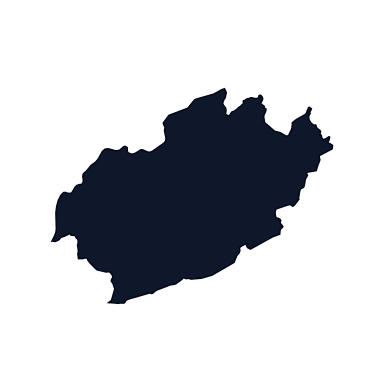 the Region of Banskobystrický, rotated 158°
{"feature_id": "SVK-1052", "entity_name": "Banskobystrický", "entity_type": "Region", "adm_level": 1, "iso_a3": "SVK", "parent_name": "Slovakia", "parent_adm1": "", "projection": "equal_earth", "projection_center": [19.313, 48.501], "detail": "fine", "context": "isolated", "style": "filled", "palette": "ink", "viewbox_px": 384, "rotation_deg": 158, "n_neighbors": 0, "source": "natural_earth", "source_scale": "10m", "svg_char_len": 5499}
<svg xmlns="http://www.w3.org/2000/svg" viewBox="0 0 384 384"><g transform="rotate(158 192 192)"><path d="M340.1,199.0L335.5,203.1L333.3,205.6L331.6,208.6L325.9,223.9L322.8,229.4L319.1,234.3L314.7,238.1L311.3,239.6L309.5,239.0L307.8,237.4L304.8,236.1L303.1,236.7L298.6,240.3L296.1,241.2L293.4,241.0L291.9,240.5L290.6,240.7L288.8,242.6L288.2,244.0L287.4,247.4L286.3,249.2L285.0,250.0L282.2,250.9L276.2,254.1L275.8,254.4L270.0,255.9L266.6,257.7L259.8,263.2L256.3,264.3L253.2,263.3L247.4,258.8L243.7,257.8L238.3,259.6L236.9,259.4L235.5,257.6L235.9,256.0L236.7,254.3L236.6,252.4L233.9,249.6L230.4,249.1L223.5,250.3L222.0,249.6L218.7,246.2L217.0,244.9L215.5,244.6L213.9,244.5L200.1,247.7L197.5,248.9L195.9,251.7L194.5,259.2L192.7,262.2L192.7,262.3L192.7,262.5L192.9,263.7L193.0,264.8L192.9,265.8L192.7,266.8L184.7,271.7L164.4,271.3L155.4,276.3L153.8,276.6L135.1,274.6L126.2,275.7L123.2,275.6L123.0,273.8L123.0,271.4L123.3,270.7L125.0,268.6L125.4,267.6L125.9,267.1L126.4,266.6L127.2,266.2L127.8,265.7L128.7,264.9L129.8,263.6L130.4,262.3L130.4,261.0L129.5,257.5L129.5,256.4L129.9,255.0L130.2,254.2L130.5,253.7L131.2,252.8L131.3,252.4L131.4,252.1L131.4,251.5L131.4,251.2L131.3,250.7L131.1,250.4L129.1,248.4L126.6,250.3L125.8,250.8L125.1,251.2L124.3,251.2L123.8,251.2L122.9,251.1L122.5,251.1L122.0,251.3L119.5,251.8L117.4,252.8L116.6,253.0L115.6,253.1L114.4,253.5L113.8,253.8L113.2,254.0L112.1,254.3L111.6,254.6L111.2,255.1L110.7,255.9L110.5,256.5L110.4,256.9L110.4,257.1L110.2,257.2L109.9,257.3L109.0,257.2L108.3,257.2L106.9,257.6L106.1,257.7L105.4,257.6L104.2,257.3L103.7,257.3L102.9,257.4L102.5,257.4L101.9,257.2L101.2,256.9L98.3,254.9L97.6,254.6L96.8,254.4L96.1,254.4L95.4,254.4L94.9,254.6L94.5,255.0L94.2,255.6L93.9,256.0L93.5,256.3L93.1,256.4L92.7,256.3L92.4,256.0L91.9,255.5L91.6,254.7L91.4,253.7L91.4,252.6L91.7,251.7L92.5,250.7L93.5,249.9L94.1,249.3L94.8,249.0L95.0,248.6L95.0,248.0L94.4,246.8L93.2,244.9L92.9,244.2L93.0,243.7L93.6,243.3L93.8,243.0L93.8,242.7L92.4,241.4L92.5,240.8L93.1,239.8L94.8,237.9L96.6,236.3L97.1,235.4L97.4,234.7L98.7,229.2L92.8,217.7L91.9,216.8L88.0,214.0L83.7,208.5L82.0,208.1L81.3,208.4L80.4,208.8L79.0,210.3L76.9,212.1L76.4,212.6L75.9,213.4L75.0,214.2L74.8,214.6L74.8,215.0L74.6,215.5L74.3,215.9L73.6,216.6L73.5,217.1L73.5,217.8L73.3,218.2L72.9,218.7L68.1,220.1L58.7,221.3L56.8,221.9L55.6,223.0L54.6,224.4L54.3,224.7L53.2,225.5L52.8,225.9L52.3,226.7L51.6,226.6L50.1,224.5L50.9,223.6L52.2,222.5L52.5,222.1L52.8,221.6L53.0,221.1L53.1,220.6L53.4,220.3L54.4,219.6L54.9,219.1L55.5,218.3L55.9,217.4L56.2,216.2L56.4,214.9L56.2,213.4L55.6,210.9L54.5,209.0L53.7,208.2L53.0,208.0L52.6,208.0L52.2,207.7L52.1,207.1L52.3,206.0L52.3,204.9L51.9,203.8L50.7,201.8L50.2,200.8L50.3,199.5L50.7,199.0L52.0,197.5L52.2,197.2L51.2,196.8L51.0,196.5L50.9,196.0L51.2,194.8L51.3,193.9L51.3,193.0L51.0,192.1L50.5,191.6L49.3,191.2L48.0,191.2L44.3,191.9L43.9,191.6L44.1,190.9L45.1,189.4L47.3,187.1L47.6,186.7L47.4,186.1L46.3,185.5L44.2,182.6L45.9,179.5L60.5,178.0L60.6,177.5L60.7,177.2L61.2,176.0L61.2,175.7L61.2,175.4L61.2,175.1L61.2,174.7L61.3,174.4L61.6,173.8L62.0,173.2L62.7,172.4L64.9,170.2L68.9,165.3L77.1,167.1L77.9,167.1L78.9,166.9L78.9,166.1L78.6,164.5L78.9,164.1L79.4,163.6L81.5,162.0L82.1,161.4L85.7,155.7L86.4,154.9L87.2,154.5L89.4,154.4L90.1,154.2L90.7,153.9L92.7,151.2L94.5,148.0L95.0,147.4L95.3,146.9L95.5,146.6L95.6,145.3L102.0,141.5L103.9,141.0L104.1,141.3L104.3,141.7L104.4,142.1L104.6,142.4L104.8,142.6L105.1,142.8L105.4,143.4L105.5,143.6L108.0,144.1L120.7,144.8L122.8,141.6L123.1,140.4L123.6,138.2L123.7,137.2L123.6,136.6L123.4,136.4L121.4,134.8L120.6,133.5L120.4,132.6L120.6,132.1L121.1,131.6L121.6,130.9L121.8,130.1L121.6,129.0L120.8,126.6L120.8,126.0L121.1,125.5L123.6,124.5L124.3,123.8L124.8,123.3L126.5,120.0L133.6,120.3L158.3,117.3L159.5,117.3L159.7,117.7L159.9,118.3L160.2,118.6L160.6,118.8L161.0,119.2L161.3,119.9L161.5,121.4L161.6,122.1L161.5,122.6L161.4,122.7L160.9,122.7L160.6,122.8L160.5,123.1L160.1,123.9L160.4,124.0L160.9,124.0L167.0,123.2L167.8,123.0L168.6,122.5L168.9,122.2L169.1,121.8L169.2,121.5L169.4,120.2L169.7,119.5L171.3,117.8L174.4,116.2L179.4,111.0L204.5,107.4L215.8,108.6L225.4,111.6L226.5,112.4L227.3,113.1L227.9,113.4L229.4,113.7L229.9,113.9L230.4,114.3L230.8,114.7L231.5,115.4L232.1,115.6L232.7,115.5L234.4,114.7L241.3,113.0L242.7,113.0L246.8,114.0L261.1,114.3L261.5,114.2L263.3,114.0L265.9,113.0L266.7,112.9L267.4,113.0L269.3,114.3L290.8,116.5L293.7,116.4L296.0,114.6L297.0,114.6L299.7,115.8L302.6,116.6L303.4,117.0L304.5,117.7L310.7,120.7L307.3,121.6L300.3,130.5L299.7,131.6L299.8,132.5L299.8,133.1L299.7,133.6L299.6,135.5L299.6,137.0L300.0,138.8L300.1,139.8L299.5,140.7L298.8,141.4L298.0,142.1L297.5,142.6L297.1,143.1L297.0,143.9L297.1,145.1L297.6,147.3L298.2,148.5L299.4,149.5L301.1,149.8L301.4,149.9L309.1,155.3L309.9,156.7L313.1,164.4L314.1,167.9L314.0,168.3L313.9,168.6L313.8,169.0L313.8,169.5L314.1,169.8L314.6,170.3L316.0,170.9L317.1,171.1L318.7,171.3L319.2,171.5L320.5,172.1L321.8,172.5L322.1,172.7L322.2,173.0L321.8,174.3L321.2,176.8L321.0,177.4L320.7,177.9L320.3,178.3L319.9,179.0L319.6,179.7L319.2,180.7L318.1,185.3L317.7,186.1L316.9,187.1L316.3,188.1L316.0,189.0L315.7,190.2L315.7,191.0L315.9,191.7L316.4,192.6L316.6,193.1L316.6,193.7L316.5,194.2L316.5,194.6L316.8,195.3L317.6,195.9L320.2,197.3L320.6,197.6L320.4,197.9L320.2,198.3L320.0,198.6L319.9,198.9L319.9,199.1L320.6,199.2L326.9,198.8L329.3,199.0L330.5,199.0L333.1,197.7L334.2,197.4L337.5,197.4L340.0,199.0L340.1,199.0Z" fill="#0f172a" stroke="#020617" stroke-width="1.5"/></g></svg>